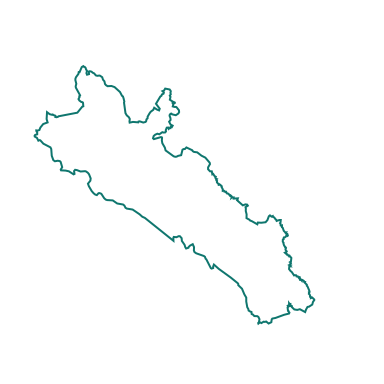 outline of Puebloviejo, Los Rios, Ecuador, rotated 129°
{"feature_id": "8360857B21283646614979", "entity_name": "Puebloviejo", "entity_type": "district", "adm_level": 2, "iso_a3": "ECU", "parent_name": "Ecuador", "parent_adm1": "Los Rios", "projection": "natural_earth1", "projection_center": [-79.56, -1.537], "detail": "fine", "context": "isolated", "style": "outline", "palette": "teal", "viewbox_px": 384, "rotation_deg": 129, "n_neighbors": 0, "source": "geoboundaries", "source_scale": "gbopen_adm2", "svg_char_len": 6016}
<svg xmlns="http://www.w3.org/2000/svg" viewBox="0 0 384 384"><g transform="rotate(129 192 192)"><path d="M162.3,354.2L162.7,354.7L162.6,355.7L164.3,356.3L169.6,354.8L170.1,355.5L171.7,354.6L175.8,354.4L177.3,353.9L178.4,353.1L180.7,350.0L183.1,348.9L184.0,347.9L187.3,339.8L188.5,339.9L188.8,339.2L191.2,338.7L191.8,337.1L191.7,334.6L191.1,333.6L191.3,332.8L193.8,330.4L194.8,331.0L202.5,331.0L217.2,343.4L218.0,343.5L219.2,344.4L219.7,345.4L218.8,345.9L218.8,346.7L219.4,347.9L219.4,349.0L220.0,349.2L221.1,351.6L221.2,354.9L226.8,350.9L228.8,348.0L232.8,350.4L237.3,350.4L239.9,349.6L241.3,350.5L242.1,351.8L242.5,351.5L243.2,349.7L244.6,348.6L246.3,349.8L247.4,349.7L247.9,349.1L247.5,346.6L248.8,343.7L247.6,343.1L247.3,342.4L248.0,337.9L246.4,330.1L247.2,328.4L252.1,323.8L254.5,319.8L254.4,317.9L252.2,316.0L251.2,314.2L251.3,313.0L254.4,308.5L257.2,308.1L257.6,307.4L254.9,303.7L253.4,300.7L252.8,295.1L251.9,294.7L250.0,296.8L248.3,296.8L247.4,295.2L246.2,291.5L243.1,288.2L242.7,287.2L242.6,285.1L243.0,283.2L245.2,279.3L247.2,278.1L251.0,278.1L252.4,275.8L254.4,270.5L254.9,267.7L254.9,265.6L254.3,264.0L251.8,263.9L251.2,263.4L250.6,262.0L250.5,261.2L252.1,256.3L252.2,254.3L251.7,252.9L248.4,248.3L248.0,242.9L245.1,237.7L245.1,236.0L246.1,233.8L245.9,232.2L243.0,227.1L242.3,218.7L242.5,215.0L241.8,212.4L241.6,175.7L239.4,177.6L238.4,177.9L236.9,175.6L234.8,174.6L234.0,173.6L234.4,171.0L236.4,169.1L237.7,164.6L239.1,162.5L239.6,161.0L237.6,159.7L237.0,160.0L234.9,159.8L232.1,158.6L233.6,155.7L236.3,153.7L237.1,152.3L237.0,150.2L234.3,142.6L234.2,141.2L235.3,139.4L235.3,138.5L239.3,129.5L239.2,128.6L237.8,127.7L236.5,128.7L234.6,129.3L234.9,122.8L234.1,108.0L234.1,98.9L234.4,98.1L235.3,97.4L235.7,92.3L238.6,86.9L239.9,83.4L243.0,80.9L246.8,76.5L247.5,74.6L248.5,73.4L248.3,71.7L247.8,70.3L249.3,68.8L248.9,67.4L249.2,65.5L247.4,63.1L247.3,61.8L248.4,59.5L251.0,58.1L252.2,58.1L252.5,57.6L250.5,57.2L250.2,55.6L247.7,54.7L247.1,53.6L246.0,52.9L246.0,49.7L243.3,48.4L240.8,49.9L239.8,49.9L237.4,47.9L229.4,43.1L225.4,40.1L224.4,40.4L224.0,42.4L223.6,42.5L223.5,43.1L221.5,45.1L220.5,44.9L220.2,45.6L219.5,44.7L219.4,45.7L218.7,45.4L217.4,46.5L217.6,45.8L217.2,45.3L217.9,45.1L217.7,44.4L218.1,43.7L217.8,42.6L218.6,41.9L218.9,38.6L217.4,36.0L215.2,34.4L214.1,28.5L211.6,29.4L208.6,29.9L207.5,28.9L203.8,27.7L201.3,28.8L198.9,29.0L198.6,29.4L198.4,31.5L198.7,32.3L199.4,32.7L198.8,33.0L199.4,33.5L199.1,34.4L198.5,34.6L197.7,35.9L197.6,37.1L196.9,37.3L196.3,38.1L195.6,37.8L194.9,38.7L192.7,42.8L192.6,43.8L191.8,44.4L191.5,47.2L190.8,47.5L191.3,48.2L190.7,49.1L190.9,51.0L191.1,51.3L191.8,50.9L191.4,52.6L192.1,52.4L192.3,52.8L191.7,53.3L191.7,54.0L191.0,53.9L190.4,54.8L191.3,55.8L191.0,56.7L191.8,57.6L191.2,58.6L192.0,59.9L192.6,60.2L191.4,64.1L191.4,65.7L190.8,68.1L188.5,69.6L187.9,68.8L187.8,69.7L186.9,69.4L187.2,70.3L186.5,70.0L185.5,70.7L185.0,70.4L184.6,71.0L184.7,71.7L183.7,71.4L180.7,73.3L180.3,75.3L180.8,75.7L180.2,76.4L180.8,76.9L180.5,78.2L180.9,78.7L180.5,79.3L180.8,80.0L180.7,81.6L179.3,80.9L178.5,81.0L178.3,82.4L177.7,83.3L176.7,83.6L176.5,84.4L176.1,84.3L175.7,86.6L174.5,88.5L173.9,88.8L173.5,90.2L171.9,91.4L171.0,91.1L170.5,91.7L169.5,92.0L169.0,91.4L167.6,91.0L166.4,91.3L166.1,90.1L165.5,90.1L164.6,91.5L165.2,92.2L165.0,93.3L164.1,93.4L164.7,94.1L164.4,96.3L162.7,99.0L162.8,99.9L161.4,101.0L162.1,101.4L162.2,102.0L160.9,103.3L160.8,104.0L159.9,104.1L157.9,105.4L158.8,106.5L161.2,108.0L160.5,109.1L160.7,109.7L160.0,112.1L160.4,113.2L159.8,114.1L161.1,114.7L161.1,116.7L162.5,117.0L166.4,115.7L169.2,115.8L172.3,118.8L174.3,121.6L176.0,120.9L177.0,127.1L177.6,128.9L177.4,129.9L178.0,133.2L175.0,135.5L172.9,138.3L171.0,139.7L170.1,140.9L167.5,140.0L167.1,141.2L168.0,142.7L170.4,144.1L170.1,150.9L169.7,151.3L169.9,151.8L168.1,152.4L170.9,155.5L170.5,155.8L170.6,156.5L170.2,156.5L170.9,157.6L171.4,157.7L170.7,158.0L170.9,159.1L170.5,159.2L170.9,160.0L170.5,160.3L170.9,160.6L170.4,162.6L171.1,163.8L170.4,165.6L171.0,165.9L170.8,166.6L171.3,167.2L170.9,167.8L171.0,168.5L171.7,168.9L170.4,170.0L169.4,172.4L168.8,172.5L168.6,174.7L169.6,175.7L168.8,176.3L169.1,177.1L168.8,178.7L167.6,179.5L167.7,180.3L167.3,180.8L166.3,180.8L166.6,181.9L166.2,182.9L165.2,183.1L165.4,184.6L164.6,186.9L165.5,187.3L163.5,189.6L164.6,191.0L164.2,193.8L162.7,195.0L159.0,195.6L158.1,196.7L156.9,203.3L157.8,207.5L157.9,212.9L159.6,215.7L159.8,217.2L159.4,218.1L160.9,224.4L163.1,224.6L164.0,225.6L165.1,226.0L170.2,223.6L172.6,225.5L174.2,226.2L175.2,227.2L175.8,228.7L176.3,238.7L174.6,241.0L172.8,245.7L171.0,247.8L168.7,249.4L168.5,249.9L168.9,250.7L174.9,254.9L174.8,256.1L172.6,257.0L170.7,256.7L168.5,255.6L167.7,253.7L164.2,252.7L163.7,251.5L162.5,250.3L161.2,250.4L160.5,251.3L157.9,252.1L156.9,251.1L157.6,249.8L156.6,249.7L156.0,249.0L155.3,249.6L154.7,249.5L154.3,248.5L152.6,248.8L153.1,251.0L151.8,254.0L149.5,254.0L148.1,255.3L146.9,257.4L146.0,257.9L144.7,257.9L144.0,257.3L144.2,256.4L142.5,252.9L139.6,252.0L138.0,252.3L136.7,253.6L135.9,257.1L135.9,257.9L137.0,259.3L137.6,260.8L135.7,261.6L135.1,263.1L134.4,262.9L133.9,261.5L133.5,261.4L133.3,261.8L133.9,264.0L134.2,267.3L131.6,268.6L131.1,269.9L129.4,270.0L128.5,271.2L127.3,271.7L126.8,272.3L126.4,273.9L128.5,277.9L130.8,277.6L132.2,278.4L132.4,276.5L133.5,276.0L135.2,276.8L136.4,276.3L137.8,276.7L146.1,275.5L147.6,269.5L149.3,268.9L150.0,271.2L150.3,274.4L152.5,273.8L155.6,274.6L157.6,274.5L161.4,273.9L162.7,272.9L164.2,273.1L165.8,272.2L166.8,272.2L168.7,273.6L170.0,277.1L170.9,277.9L171.7,277.6L174.7,282.0L177.3,284.1L176.5,285.0L174.4,286.3L173.6,288.2L173.5,290.9L172.6,293.3L165.3,301.1L164.3,301.5L162.3,304.1L161.2,305.8L161.3,306.9L159.6,310.9L159.2,318.2L160.3,321.3L162.9,324.2L163.1,326.0L162.8,327.6L161.1,329.7L160.7,331.9L159.3,334.0L159.5,336.6L159.8,337.3L161.3,338.7L161.9,340.1L161.4,342.7L161.8,344.3L161.7,345.8L162.5,347.5L163.3,348.0L165.2,346.2L166.9,347.4L166.1,348.8L163.9,349.9L163.4,351.5L162.5,352.8L162.3,354.2Z" fill="none" stroke="#0f766e" stroke-width="2"/></g></svg>